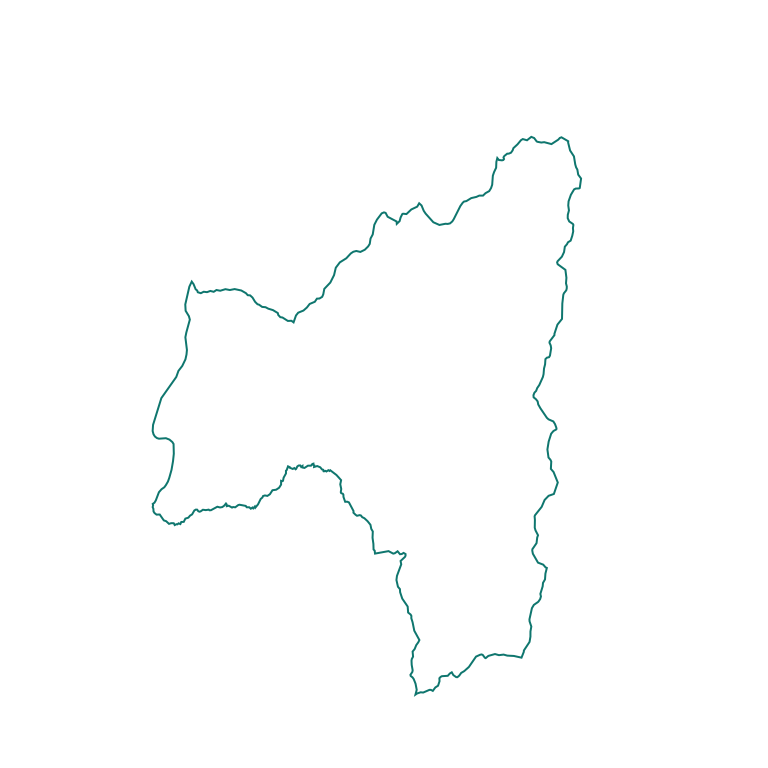 Betulia, Antioquia, Colombia (Equal Earth projection), rotated 197°
{"feature_id": "7082276B84924592103866", "entity_name": "Betulia", "entity_type": "district", "adm_level": 2, "iso_a3": "COL", "parent_name": "Colombia", "parent_adm1": "Antioquia", "projection": "equal_earth", "projection_center": [-75.957, 6.181], "detail": "fine", "context": "isolated", "style": "outline", "palette": "teal", "viewbox_px": 768, "rotation_deg": 197, "n_neighbors": 0, "source": "geoboundaries", "source_scale": "gbopen_adm2", "svg_char_len": 6162}
<svg xmlns="http://www.w3.org/2000/svg" viewBox="0 0 768 768"><g transform="rotate(197 384 384)"><path d="M263.1,96.2L261.9,97.7L258.8,99.9L256.3,100.4L251.1,104.8L249.7,105.2L247.6,104.8L246.2,108.8L244.1,111.3L244.0,116.0L245.0,118.8L244.2,120.5L243.2,121.5L237.7,123.6L236.4,126.4L234.9,128.1L232.6,125.9L229.3,124.8L228.1,125.1L226.8,127.1L225.7,130.3L223.4,132.8L220.1,138.2L216.3,150.2L212.9,153.2L211.6,153.9L210.4,153.8L207.5,151.7L206.6,151.6L204.7,154.5L198.9,158.2L194.8,158.3L190.5,160.2L186.7,160.3L180.3,161.9L172.5,162.5L172.0,168.7L172.3,170.1L169.4,179.9L170.1,185.2L171.6,190.2L172.2,195.1L175.4,199.6L176.1,201.5L177.0,212.9L176.1,216.6L172.8,220.8L171.8,223.9L171.8,226.7L173.1,229.0L173.1,236.9L173.8,240.3L172.9,244.2L174.2,249.9L174.5,255.7L175.9,255.9L178.9,257.8L184.5,258.2L192.0,265.2L193.5,268.0L193.8,269.4L191.6,276.4L192.6,282.0L192.5,284.4L196.3,288.3L197.8,290.6L200.0,298.3L201.3,301.5L201.2,302.7L197.3,312.6L196.5,320.1L193.9,325.2L189.4,328.5L189.0,340.6L196.1,349.4L199.6,351.6L201.4,358.8L202.7,360.2L205.2,361.8L208.6,369.2L209.7,377.1L209.6,385.4L208.2,388.6L206.0,390.9L205.9,391.5L206.5,392.7L208.7,395.6L211.1,397.7L216.3,398.3L218.4,399.3L227.2,406.4L230.5,409.5L232.0,412.3L234.3,413.9L237.0,415.0L237.8,417.0L237.6,419.7L236.5,421.9L236.3,424.9L235.2,428.4L234.1,437.2L234.3,440.1L235.5,445.6L235.7,449.9L236.9,455.0L235.9,456.8L234.0,457.9L233.6,459.7L234.6,467.1L235.9,469.7L237.8,471.8L238.0,473.2L235.3,480.6L235.7,481.8L235.5,491.5L232.8,498.3L237.0,513.1L238.6,521.7L238.5,523.3L237.1,526.9L237.2,528.8L237.7,530.7L239.4,533.5L240.6,538.9L243.9,546.2L252.9,549.3L254.0,550.9L253.9,552.1L251.1,557.8L250.4,562.8L251.2,568.2L249.9,571.1L249.5,573.3L247.4,575.7L247.3,580.8L247.7,585.4L248.9,588.3L249.4,591.5L250.2,592.3L254.4,593.6L256.8,596.3L257.7,599.5L257.9,604.1L260.0,608.6L260.9,612.7L260.6,619.6L259.1,625.7L257.7,627.0L254.7,628.0L254.1,628.7L255.6,638.1L259.5,641.0L261.8,645.6L263.6,647.3L265.3,649.9L268.9,657.2L274.3,661.7L278.5,668.7L278.8,670.0L286.4,671.8L287.8,670.7L288.8,668.6L294.0,662.4L301.5,662.1L304.2,660.9L307.9,660.5L308.9,660.6L312.3,663.1L315.4,663.4L318.5,658.9L322.9,658.8L324.3,657.2L326.4,652.2L329.2,647.4L329.3,645.0L330.2,642.3L332.0,640.8L333.5,640.3L335.6,637.2L336.0,635.7L335.0,634.2L335.4,633.1L336.5,632.4L339.6,631.8L341.7,633.2L341.5,629.3L340.0,623.6L340.7,618.8L340.8,615.0L338.8,606.2L338.9,602.7L339.8,599.2L342.7,596.2L344.4,593.1L348.0,592.0L350.4,589.9L354.9,587.3L358.7,583.0L360.8,581.9L361.7,580.4L363.0,576.6L365.5,562.0L366.2,559.5L367.8,556.9L369.9,555.7L372.1,555.2L377.5,552.3L384.1,553.1L394.0,559.1L396.6,561.2L400.3,565.7L403.2,567.1L404.1,563.3L408.9,558.9L412.2,553.1L415.6,552.4L416.2,551.8L416.8,548.1L416.7,544.3L418.6,540.9L419.5,543.1L429.4,545.0L432.5,548.1L434.2,548.1L436.1,546.5L438.8,539.1L439.8,533.4L438.5,523.7L439.4,519.2L438.6,513.8L439.4,510.9L441.6,506.8L445.2,503.4L449.4,503.1L452.0,501.5L453.9,499.2L456.8,493.2L461.8,487.4L464.1,481.1L463.6,473.5L465.0,465.3L468.9,457.5L468.3,452.0L468.6,449.3L470.7,446.9L473.1,446.0L474.2,442.4L478.5,438.8L480.1,434.6L482.5,430.7L486.9,427.1L488.2,423.8L488.5,416.5L491.0,417.4L494.4,416.2L500.5,417.9L502.7,417.6L505.3,419.1L506.3,420.8L511.8,422.2L516.7,422.2L519.7,422.8L523.1,422.1L526.6,423.3L528.3,423.3L531.3,424.9L535.0,428.2L537.9,429.6L540.3,429.1L542.6,430.5L547.8,431.7L554.6,431.1L558.9,428.8L563.4,428.3L567.9,425.3L571.7,424.9L573.8,422.4L577.3,422.2L580.1,420.1L583.4,419.5L585.7,417.3L588.9,417.3L590.0,418.8L591.8,419.5L595.3,423.8L597.8,425.7L598.6,420.2L597.3,402.0L595.1,396.0L590.4,391.8L588.5,388.8L588.1,375.5L587.6,370.6L582.4,358.9L581.5,354.5L581.1,349.5L582.2,342.3L584.4,336.5L584.7,330.0L592.8,305.4L592.9,277.4L591.5,271.4L589.7,268.5L587.7,266.8L585.3,265.9L583.2,265.9L576.7,268.4L572.9,268.1L569.4,266.6L567.7,265.1L564.6,255.8L563.2,248.5L562.1,239.8L561.9,231.5L562.1,227.5L563.0,223.6L563.9,221.0L566.0,218.3L567.6,214.7L568.2,205.9L568.8,203.4L570.1,201.7L569.4,200.7L569.2,198.6L568.1,197.3L567.1,194.7L565.7,193.5L563.4,192.6L560.3,193.6L554.7,189.2L552.2,189.1L548.7,187.4L546.8,188.7L544.7,189.3L544.2,189.3L542.9,187.9L541.4,189.3L540.5,189.4L539.7,190.7L537.8,190.5L537.5,192.8L535.2,193.6L534.6,197.2L532.0,199.0L531.0,201.4L529.4,203.2L528.4,207.6L527.2,208.9L525.9,209.2L524.5,208.1L523.2,207.9L522.2,208.5L520.4,210.8L517.5,211.3L514.9,212.6L514.0,212.2L512.6,212.7L507.5,217.9L504.7,218.0L502.7,219.0L501.3,220.8L500.2,223.5L499.2,222.8L498.6,221.2L496.9,222.2L493.2,221.4L492.4,222.2L490.2,222.6L488.0,225.6L486.9,226.3L480.6,227.0L479.3,226.0L476.7,226.7L474.9,225.8L473.7,227.4L472.7,226.8L471.7,229.1L470.9,228.1L469.3,232.0L468.3,238.0L467.1,239.9L466.9,241.5L465.3,242.6L462.8,242.9L460.9,245.2L459.6,249.8L456.2,251.4L454.0,254.1L453.0,257.7L454.1,261.3L452.9,261.3L452.3,261.9L452.6,265.1L451.6,269.8L452.4,272.4L451.9,273.2L451.7,277.2L449.8,276.9L449.7,276.4L446.4,276.1L445.2,277.4L443.6,276.6L443.2,277.2L442.8,279.8L441.8,281.1L440.2,281.6L439.0,280.5L438.0,281.8L437.5,280.3L435.5,280.5L432.8,283.7L429.9,284.6L429.1,286.6L428.2,287.2L427.7,285.9L426.9,285.8L426.6,284.2L423.9,286.0L420.6,285.7L418.4,284.2L417.0,284.2L416.3,282.9L415.9,282.9L414.6,283.8L413.5,283.5L412.0,285.3L410.7,284.9L410.2,285.8L402.9,283.1L396.9,279.5L396.5,275.3L394.2,271.1L393.7,267.9L393.0,267.1L391.3,267.0L390.5,266.3L389.7,264.1L386.7,260.0L384.7,260.7L382.9,260.5L376.0,253.6L375.6,252.0L372.9,250.6L371.3,250.1L368.9,251.5L367.6,251.5L365.9,250.3L363.5,249.9L359.6,248.0L355.8,245.4L353.8,241.7L351.6,239.7L350.0,233.6L347.4,228.0L345.6,222.7L344.2,221.9L343.0,219.2L330.8,225.5L325.6,224.5L324.2,225.3L322.1,228.0L318.9,225.9L317.3,226.6L315.9,228.2L313.7,227.7L313.2,226.1L313.4,224.8L316.4,219.6L314.8,216.6L315.5,204.3L314.8,200.2L311.4,194.2L308.8,192.5L307.7,189.6L303.8,184.1L296.3,178.1L294.1,172.5L291.1,171.3L290.0,170.2L289.4,168.0L287.0,164.5L282.9,156.9L275.3,149.5L275.7,147.0L276.8,143.8L277.2,139.5L278.4,136.5L276.5,131.8L277.0,129.1L276.8,127.5L275.4,123.5L272.9,118.6L272.7,117.0L273.7,113.6L273.1,112.6L271.0,111.8L269.3,110.5L266.2,106.6L263.3,101.1L263.1,96.2Z" fill="none" stroke="#0f766e" stroke-width="2"/></g></svg>